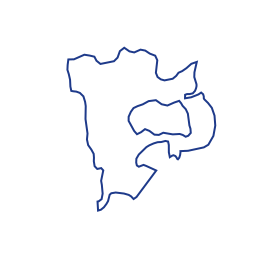 the border of New Taipei City, rotated 113°
{"feature_id": "TWN-1167", "entity_name": "New Taipei City", "entity_type": "Special Municipality", "adm_level": 1, "iso_a3": "TWN", "parent_name": "Taiwan", "parent_adm1": "", "projection": "mercator", "projection_center": [121.596, 24.984], "detail": "fine", "context": "isolated", "style": "outline", "palette": "blue", "viewbox_px": 256, "rotation_deg": 113, "n_neighbors": 0, "source": "natural_earth", "source_scale": "10m", "svg_char_len": 1965}
<svg xmlns="http://www.w3.org/2000/svg" viewBox="0 0 256 256"><g transform="rotate(113 128 128)"><path d="M156.1,85.4L188.2,93.2L191.2,95.1L189.7,98.5L189.3,101.2L189.9,106.1L192.2,114.1L194.6,117.9L196.6,118.8L203.1,117.8L206.4,118.2L210.4,119.2L213.8,121.0L215.7,123.3L207.6,127.3L206.9,126.3L203.8,124.5L198.3,125.7L190.5,129.9L187.1,132.1L176.7,134.2L175.4,137.0L177.7,140.3L176.2,143.8L171.9,146.5L168.7,147.7L165.2,149.5L162.2,153.3L159.3,158.0L154.6,161.3L148.9,163.1L136.4,170.6L124.3,175.5L120.7,177.7L116.3,181.4L114.5,186.0L114.7,189.8L115.6,192.8L116.0,194.7L112.4,197.2L106.2,200.2L101.6,203.5L98.1,206.5L93.5,208.2L88.2,209.7L85.9,204.6L77.6,196.8L76.3,191.6L75.5,186.8L78.4,183.3L79.8,178.4L72.0,167.0L67.3,165.1L60.4,165.5L55.6,162.8L56.9,156.6L56.0,151.8L51.0,147.1L50.0,142.4L51.0,137.0L50.8,131.2L54.2,127.5L66.3,123.9L69.5,120.7L70.4,116.8L69.9,113.0L65.2,106.1L61.2,104.0L57.4,103.1L54.5,100.4L50.1,97.6L44.2,94.8L40.3,90.5L50.8,88.6L55.2,86.9L60.9,82.1L62.6,81.3L64.7,80.9L67.6,80.8L70.8,81.9L72.6,84.4L73.7,86.9L75.1,88.4L78.4,87.1L75.0,81.8L69.6,76.3L66.8,74.5L67.6,72.0L69.3,70.6L71.1,69.8L71.8,68.9L73.7,64.1L76.7,58.7L82.8,53.2L91.7,48.6L101.9,46.3L112.0,47.5L116.2,50.6L125.5,63.8L128.8,70.7L129.9,70.2L132.4,69.5L135.3,69.2L137.3,69.8L137.2,70.6L136.2,71.8L135.3,73.4L135.3,75.5L136.3,76.6L138.5,78.1L134.4,80.9L127.7,83.8L124.8,85.8L125.3,88.5L127.9,91.9L129.5,95.2L132.2,98.4L135.6,101.6L138.4,103.6L148.2,107.7L153.0,108.3L156.7,106.9L159.0,105.2L159.4,102.9L155.9,99.3L155.8,96.5L156.1,85.4ZM117.4,131.8L121.2,130.2L128.3,121.2L130.2,117.3L126.7,114.3L122.4,111.9L122.3,107.2L123.8,101.1L122.3,96.9L118.6,93.7L116.4,84.4L114.8,81.1L113.3,78.1L113.0,74.9L113.5,71.5L111.6,69.5L108.0,68.3L104.3,70.2L101.6,72.5L91.4,78.5L88.1,82.2L86.2,86.5L84.5,88.7L83.0,91.5L86.5,95.4L91.9,100.5L93.0,106.3L91.5,113.2L95.2,119.5L100.5,123.7L104.1,127.7L107.5,130.7L112.0,131.7L117.4,131.8Z" fill="none" stroke="#1e3a8a" stroke-width="2"/></g></svg>